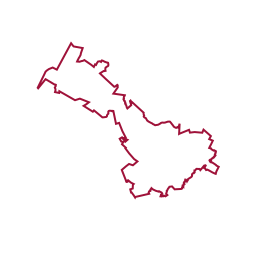 outline of Jocotitlán, México, Mexico, rotated 17°
{"feature_id": "50627088B17395030274981", "entity_name": "Jocotitlán", "entity_type": "district", "adm_level": 2, "iso_a3": "MEX", "parent_name": "Mexico", "parent_adm1": "México", "projection": "robinson", "projection_center": [-99.823, 19.716], "detail": "fine", "context": "isolated", "style": "outline", "palette": "rose", "viewbox_px": 256, "rotation_deg": 17, "n_neighbors": 0, "source": "geoboundaries", "source_scale": "gbopen_adm2", "svg_char_len": 5705}
<svg xmlns="http://www.w3.org/2000/svg" viewBox="0 0 256 256"><g transform="rotate(17 128 128)"><path d="M61.3,64.8L52.2,65.9L51.8,65.7L48.8,63.6L42.9,93.0L38.3,92.2L35.1,94.8L33.6,96.7L32.7,98.2L32.2,101.7L29.9,115.9L30.5,116.3L34.9,105.4L45.9,108.1L46.2,107.0L46.6,109.1L46.2,110.8L47.2,111.9L47.6,113.0L47.7,115.0L51.9,114.6L51.6,112.9L69.2,116.9L73.4,114.0L83.1,114.8L81.3,117.3L79.1,119.8L89.6,122.7L90.3,121.1L95.9,123.4L100.4,125.3L101.3,125.0L103.9,123.8L104.4,123.1L104.2,122.0L104.4,121.2L104.8,120.4L105.0,120.0L104.9,119.6L104.7,119.0L104.4,118.4L104.4,118.1L104.5,117.7L104.6,117.4L105.1,117.0L105.3,116.9L106.7,116.5L107.6,116.6L107.9,116.6L108.0,116.2L109.0,116.0L115.3,127.5L118.0,125.7L123.6,132.7L128.6,137.8L127.1,138.6L127.8,139.3L130.9,139.5L129.4,141.9L126.3,139.7L125.0,138.7L123.2,140.7L123.5,141.0L125.5,142.9L127.6,142.8L127.0,145.3L131.7,147.5L131.4,148.2L136.6,152.0L142.9,155.9L146.8,157.2L143.6,162.2L139.5,162.1L137.3,165.2L134.3,169.9L140.9,178.2L142.0,179.8L142.3,180.0L142.5,179.9L142.8,178.7L143.4,179.1L143.7,178.1L146.9,179.4L149.8,179.9L149.6,180.3L149.3,180.9L150.2,184.5L148.1,186.0L149.8,188.8L150.3,188.6L153.0,190.6L155.1,192.4L155.2,191.8L155.7,191.5L167.5,184.7L166.6,183.7L166.7,182.5L166.9,182.1L167.7,181.7L167.4,180.9L167.8,180.5L167.6,179.8L168.1,178.9L168.1,178.7L170.0,179.5L171.7,179.7L172.7,179.9L176.0,179.9L176.2,179.4L179.0,179.9L179.9,180.6L179.2,183.1L179.3,183.1L179.2,183.8L179.7,183.7L179.5,183.2L179.9,183.4L180.1,183.1L180.6,183.1L180.7,182.6L181.1,182.5L180.9,183.1L181.7,183.0L181.8,182.9L181.6,182.4L181.7,182.2L182.3,182.2L183.4,182.4L183.8,182.4L185.3,180.6L185.2,180.5L183.7,179.9L183.7,177.9L183.7,176.8L183.5,176.7L183.8,175.9L183.9,175.0L184.2,173.8L184.4,173.6L184.8,172.1L187.2,171.0L190.5,173.0L196.8,170.7L197.0,170.5L197.0,170.4L197.4,170.1L197.5,169.9L197.3,169.6L197.1,169.4L197.1,169.0L197.2,168.9L197.4,169.0L197.5,168.9L197.4,168.6L197.2,168.5L197.3,168.2L197.6,168.2L197.4,168.0L197.3,167.8L197.4,167.7L197.5,167.6L197.2,167.5L197.1,167.2L197.6,167.0L197.8,166.6L197.5,166.4L197.8,166.1L197.8,165.8L198.0,165.6L198.0,165.4L197.9,165.2L198.0,165.0L198.2,164.9L198.0,164.7L197.8,164.7L197.7,164.4L197.4,164.3L197.4,163.9L197.6,163.1L197.9,163.0L197.9,162.7L198.0,162.7L198.3,162.5L198.4,162.3L198.3,162.0L198.6,162.2L198.8,161.9L198.6,161.7L198.6,161.2L198.8,161.3L198.8,160.7L199.2,160.9L199.5,161.1L200.0,161.7L200.1,161.1L200.4,160.8L200.5,160.5L200.3,159.6L200.5,159.1L202.6,156.7L203.1,155.9L203.2,155.7L203.2,155.0L203.1,154.4L202.9,154.2L202.8,153.4L203.4,152.3L203.6,152.2L203.9,151.7L204.1,151.5L204.2,151.3L204.4,151.5L204.5,151.3L204.3,150.9L204.3,150.4L204.2,150.3L204.1,149.8L204.4,149.9L204.3,149.5L204.2,149.4L204.5,148.7L204.8,148.5L205.0,147.8L205.3,147.4L205.4,147.1L205.7,146.9L207.0,146.7L208.1,146.3L208.4,146.5L208.6,146.4L208.7,146.5L209.2,146.7L209.3,146.9L209.5,147.1L210.2,145.6L211.8,141.7L212.6,141.2L213.0,141.0L213.3,141.2L213.1,142.0L212.8,143.9L212.7,144.1L213.6,144.3L214.0,144.4L214.5,145.0L215.0,145.4L216.1,144.6L218.3,145.0L221.8,145.8L224.7,146.2L225.3,146.2L225.2,143.8L226.1,138.6L223.6,138.1L223.3,137.8L223.1,137.8L222.8,137.6L221.8,137.3L221.4,137.1L220.1,136.8L219.2,136.5L217.0,136.0L217.0,136.4L216.7,136.3L216.8,136.0L216.0,135.8L215.9,135.5L215.4,135.2L215.4,134.9L215.6,134.5L216.0,134.2L216.6,134.1L216.5,133.8L216.6,133.7L216.9,133.8L216.9,133.6L216.9,133.2L217.1,132.7L217.4,132.5L217.5,132.3L217.9,132.1L217.9,131.6L218.2,131.3L218.5,131.2L218.5,130.5L218.7,130.3L218.9,129.6L219.0,129.4L219.2,129.0L219.4,128.9L219.5,129.1L219.7,128.6L219.5,128.4L219.3,128.2L219.1,128.2L219.0,128.5L218.9,128.5L218.8,128.2L218.9,127.3L219.0,126.9L218.9,126.7L219.1,126.1L218.8,125.9L218.7,125.5L218.9,125.0L218.9,124.9L218.6,124.9L218.4,124.4L218.1,124.5L217.7,124.4L217.5,124.2L217.1,124.1L216.8,124.1L216.3,124.6L215.2,124.2L214.0,124.0L213.3,123.2L212.1,123.4L211.5,123.4L211.7,121.8L212.1,120.0L212.8,115.3L208.9,114.9L209.6,111.5L200.7,107.5L200.4,110.8L192.9,112.4L188.6,114.3L186.9,111.9L178.9,118.4L178.6,118.7L176.1,108.8L176.1,113.0L174.9,112.7L174.6,113.4L174.2,113.7L173.7,113.8L173.4,113.8L172.0,113.5L171.3,113.3L170.6,112.6L169.1,111.6L167.6,110.5L166.3,109.7L166.0,109.7L165.3,109.9L164.2,110.3L161.8,112.0L160.6,112.5L159.4,112.7L158.8,113.0L158.0,113.6L157.9,113.7L157.7,114.2L157.2,114.6L157.1,114.8L156.5,115.4L156.2,115.8L155.6,116.2L153.9,117.0L153.2,117.4L152.9,117.4L151.4,117.0L150.8,117.0L150.3,116.8L149.6,116.5L148.6,116.4L146.6,116.0L145.5,115.8L145.0,115.5L144.2,115.3L142.2,113.4L141.8,113.2L140.9,113.2L140.3,112.9L139.7,112.5L139.6,111.3L139.7,111.2L139.5,110.9L139.1,110.5L138.8,110.0L138.5,109.2L138.5,108.8L124.6,102.2L124.4,102.7L122.4,101.0L122.0,101.7L124.4,105.2L121.7,109.5L120.9,108.8L119.6,106.7L118.7,106.2L118.7,105.6L118.4,105.0L118.1,104.8L118.0,104.6L117.8,104.7L117.7,104.4L117.6,104.0L117.1,103.5L117.0,103.2L116.8,103.2L116.5,102.9L116.3,103.0L115.2,101.7L115.3,101.3L115.5,101.1L115.5,100.8L115.1,100.3L114.9,98.8L115.4,98.2L115.4,97.6L104.0,99.4L106.3,92.2L106.1,91.9L106.1,91.5L105.7,91.0L105.3,91.0L105.3,90.9L105.7,90.8L105.7,90.7L105.4,90.8L105.2,90.7L105.5,90.3L105.3,90.0L105.1,89.9L104.1,91.4L103.9,91.6L103.5,92.2L102.8,92.6L92.2,87.5L85.2,84.0L85.4,83.7L88.1,80.6L88.7,80.5L89.8,79.9L89.4,79.2L89.2,78.8L88.9,77.3L88.9,76.9L89.7,75.7L90.6,74.8L90.9,74.2L90.8,73.4L90.1,71.8L89.9,71.5L89.5,71.4L88.4,71.6L87.0,71.4L86.3,71.5L85.3,71.2L83.9,71.0L83.2,71.1L82.9,72.7L81.6,72.4L79.9,73.2L79.3,75.1L79.0,77.0L77.9,76.8L77.5,79.6L74.3,78.3L66.4,75.8L65.7,76.5L65.0,77.1L64.0,77.6L62.3,78.8L59.9,79.3L60.1,77.6L60.2,77.3L60.5,75.4L60.8,74.5L61.3,72.0L61.1,70.2L61.3,64.8Z" fill="none" stroke="#9f1239" stroke-width="2"/></g></svg>